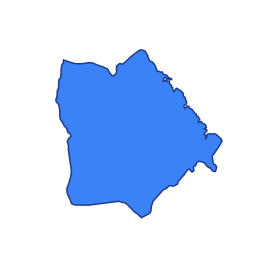 the border of Lindi, rotated 337°
{"feature_id": "TZA-3387", "entity_name": "Lindi", "entity_type": "Region", "adm_level": 1, "iso_a3": "TZA", "parent_name": "United Republic of Tanzania", "parent_adm1": "", "projection": "natural_earth1", "projection_center": [38.938, -9.38], "detail": "fine", "context": "isolated", "style": "filled", "palette": "blue", "viewbox_px": 256, "rotation_deg": 337, "n_neighbors": 0, "source": "natural_earth", "source_scale": "10m", "svg_char_len": 3788}
<svg xmlns="http://www.w3.org/2000/svg" viewBox="0 0 256 256"><g transform="rotate(337 128 128)"><path d="M173.2,63.1L173.7,64.1L174.1,65.7L174.3,67.4L174.4,69.3L174.0,72.8L174.2,74.6L176.0,76.6L176.6,78.0L177.1,79.6L177.3,81.0L177.2,86.1L176.9,87.3L178.7,87.9L179.0,88.3L179.2,88.8L179.4,89.2L180.0,89.4L181.0,89.5L181.4,89.8L181.4,90.6L181.6,91.9L182.1,92.9L182.6,93.3L183.3,93.6L183.9,94.2L184.4,95.0L185.0,97.2L185.6,98.2L187.1,99.5L187.4,100.0L186.6,100.3L186.0,100.2L185.6,100.1L184.9,99.4L183.8,98.2L182.7,96.7L181.9,96.1L180.9,96.3L180.3,96.6L180.0,96.7L179.8,96.8L178.7,98.6L179.5,98.9L182.7,98.6L182.0,99.6L181.8,100.2L182.2,100.6L183.2,100.7L184.1,101.0L184.1,101.8L183.8,103.1L183.8,104.4L183.9,104.6L184.3,105.1L184.5,105.3L184.5,106.4L184.5,106.5L184.2,107.2L184.1,107.4L184.3,107.5L184.5,107.6L184.7,107.8L184.9,108.2L184.7,108.8L184.4,109.2L184.2,109.6L184.3,110.3L184.7,111.3L184.7,111.7L184.5,112.3L185.2,112.2L186.1,111.7L187.0,111.0L187.5,110.5L188.2,110.4L188.9,111.2L191.2,114.6L192.1,116.3L192.3,118.2L191.5,120.1L191.5,120.5L191.8,121.1L192.2,121.6L192.4,122.0L192.4,122.7L192.1,123.9L192.1,124.5L192.2,126.5L192.0,127.3L191.3,128.3L190.6,129.0L190.2,129.1L189.7,129.0L188.8,129.1L188.2,129.5L187.9,130.1L187.9,130.9L188.1,132.1L188.5,131.8L189.1,131.7L190.2,131.6L190.4,131.0L190.6,130.7L191.1,131.0L191.5,131.4L191.7,131.6L191.9,131.6L192.5,131.9L192.5,132.6L192.4,133.3L192.4,133.7L192.8,134.3L194.0,135.6L194.5,136.8L195.1,140.2L195.6,141.1L196.3,141.7L196.2,142.1L195.8,142.4L195.7,142.9L195.9,143.6L196.2,144.0L196.9,144.8L197.2,145.5L197.0,146.7L197.5,147.9L197.0,148.3L196.0,148.8L195.1,149.7L194.9,150.3L195.3,150.5L197.4,150.4L197.8,150.5L197.9,150.9L198.4,152.6L198.7,153.2L199.5,153.9L200.0,154.4L200.3,155.1L200.7,156.8L200.3,158.1L199.3,158.7L197.8,158.5L198.2,159.3L199.7,160.6L199.8,161.1L199.2,161.6L197.4,162.5L195.8,162.9L195.7,163.6L196.4,165.2L196.3,166.3L195.9,167.2L195.3,167.9L194.5,168.5L195.9,168.2L198.3,164.8L199.4,164.9L200.1,165.4L201.7,165.3L202.8,166.5L203.5,166.6L204.3,166.6L205.0,166.8L206.3,167.9L209.4,174.0L209.5,176.7L207.8,177.9L206.0,179.5L197.5,185.1L195.3,186.0L194.0,188.1L193.6,190.7L192.7,193.0L192.8,194.7L194.1,196.0L194.4,198.2L193.2,200.3L191.4,202.2L189.3,200.9L187.8,196.6L186.9,196.0L186.2,194.9L184.4,189.3L180.4,186.3L179.1,186.4L177.8,186.6L176.5,188.3L174.8,189.2L173.1,189.1L172.6,190.5L172.0,193.1L169.7,193.6L169.0,192.0L168.7,190.1L167.0,189.6L164.9,190.7L160.5,193.5L158.1,194.4L154.0,196.5L152.6,197.7L151.6,199.0L147.9,199.3L145.9,198.7L144.4,197.4L142.6,197.4L140.9,198.3L136.2,198.7L122.3,205.3L119.0,209.1L116.5,213.6L114.6,215.0L105.4,215.8L102.8,210.2L101.7,208.7L100.8,207.1L100.0,204.3L98.7,201.6L98.3,200.2L97.7,198.8L96.4,196.3L95.0,195.0L93.4,194.0L91.0,191.9L61.8,183.7L49.1,178.1L46.5,175.6L46.7,171.2L46.5,166.7L46.8,163.0L48.2,159.7L52.5,155.1L56.5,150.0L58.8,146.2L60.0,142.7L60.8,139.0L64.8,124.2L65.7,122.5L66.3,120.7L66.8,116.8L69.2,114.5L72.1,113.5L72.5,111.1L70.9,108.4L71.4,104.6L70.0,100.7L70.0,98.6L69.2,93.1L69.6,91.3L71.8,86.0L73.0,81.3L73.2,79.9L73.2,78.6L73.0,77.9L72.1,76.0L72.5,74.2L73.6,72.6L74.7,71.4L75.6,70.0L77.1,66.8L78.1,65.3L78.4,65.1L79.1,64.8L79.5,64.5L79.8,64.0L80.0,63.2L80.8,61.9L81.4,60.2L83.2,56.8L83.6,56.3L84.4,55.9L85.3,55.6L86.2,55.1L86.5,54.2L86.7,53.2L87.1,52.4L88.4,50.6L88.6,50.2L88.7,49.8L88.7,49.2L88.8,48.7L89.1,48.3L89.4,48.0L89.7,47.5L90.8,45.4L91.4,44.5L92.3,43.7L93.6,42.9L94.0,42.5L94.4,41.9L94.9,40.7L95.2,40.2L102.6,46.7L105.3,48.6L111.5,51.1L118.0,52.7L120.9,54.4L125.7,59.3L128.3,61.4L132.2,65.7L133.0,71.4L133.9,73.9L136.9,74.0L139.3,72.3L140.5,68.9L141.8,66.4L145.5,65.4L146.5,65.8L147.0,66.7L147.9,67.1L151.2,66.3L157.7,63.7L167.9,61.1L170.5,61.0L172.5,62.8L173.2,63.1Z" fill="#3b82f6" stroke="#1e3a8a" stroke-width="1.5"/></g></svg>